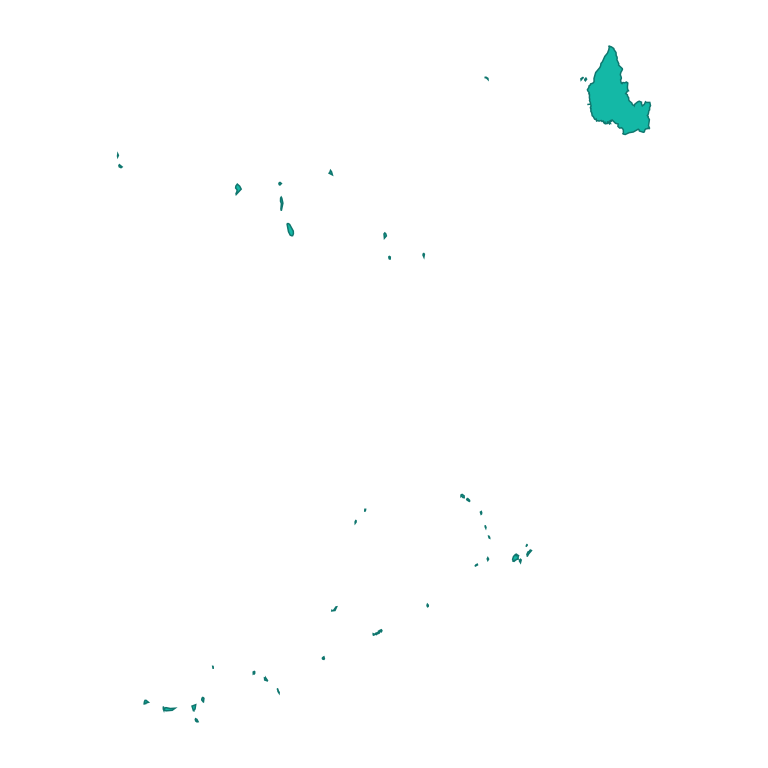 the district of Pangkajene Dan Kepulauan, Sulawesi Selatan, Indonesia
{"feature_id": "22746128B84288456023840", "entity_name": "Pangkajene Dan Kepulauan", "entity_type": "district", "adm_level": 2, "iso_a3": "IDN", "parent_name": "Indonesia", "parent_adm1": "Sulawesi Selatan", "projection": "natural_earth1", "projection_center": [118.667, -6.124], "detail": "fine", "context": "isolated", "style": "filled", "palette": "teal", "viewbox_px": 768, "rotation_deg": 0, "n_neighbors": 0, "source": "geoboundaries", "source_scale": "gbopen_adm2", "svg_char_len": 6085}
<svg xmlns="http://www.w3.org/2000/svg" viewBox="0 0 768 768"><path d="M608.9,46.3L609.3,47.2L608.9,48.7L608.5,48.6L608.9,48.8L608.9,49.4L607.5,53.1L604.8,56.4L602.4,61.8L601.0,63.4L600.6,65.9L599.8,67.6L595.7,72.5L594.0,78.4L594.1,81.7L592.8,83.2L590.6,83.9L590.2,85.1L589.1,85.8L588.8,87.5L587.4,89.7L587.7,90.7L589.2,92.7L588.9,93.6L589.3,93.6L589.4,94.7L588.9,94.7L589.5,94.9L589.4,97.9L589.8,99.2L589.5,100.4L590.6,103.2L590.2,104.2L587.3,104.5L590.4,104.2L590.7,104.7L591.1,106.0L590.4,107.4L590.9,108.3L590.6,108.4L591.0,110.0L590.8,111.1L591.7,112.8L592.2,115.7L593.3,116.6L594.6,119.1L595.8,119.5L596.1,119.2L596.6,121.0L597.9,120.6L599.0,121.1L601.2,120.5L601.9,121.4L603.1,121.0L603.7,122.4L605.0,122.2L605.1,122.6L604.5,122.5L604.3,123.2L605.3,123.8L607.3,123.5L607.5,121.9L608.1,121.8L608.5,122.0L608.5,122.9L609.6,124.0L609.9,123.7L609.3,122.9L610.1,123.1L609.6,122.4L610.8,121.6L610.2,121.4L610.0,121.1L610.7,121.0L610.7,119.9L610.8,120.5L611.4,120.2L611.8,120.5L612.3,120.1L615.5,123.3L618.2,124.0L617.9,126.3L618.9,127.4L619.8,128.1L621.6,127.7L623.3,129.6L623.4,133.0L622.9,133.6L623.2,134.0L625.2,134.5L629.1,132.7L633.3,132.0L638.2,129.2L638.9,129.6L639.4,131.0L643.4,132.3L644.3,131.9L644.9,129.8L645.8,128.9L647.1,128.8L648.1,128.1L649.0,128.7L649.5,128.1L648.5,125.7L649.4,119.7L648.0,117.1L648.2,116.4L647.3,115.6L648.3,114.0L648.9,110.6L649.6,109.9L649.6,107.4L650.5,105.7L649.8,102.4L646.3,102.4L645.5,101.8L644.3,104.4L642.3,105.9L641.4,103.4L641.5,102.2L639.2,101.2L637.5,102.0L634.7,104.3L634.3,105.7L634.0,105.2L633.3,105.3L632.3,104.4L631.8,103.0L629.4,101.0L628.8,100.0L628.6,97.6L627.5,96.1L627.4,94.8L625.7,93.6L627.0,91.9L627.0,91.4L628.5,90.8L627.6,89.3L627.4,87.0L627.8,83.0L627.2,82.5L626.5,82.6L626.3,82.1L624.4,82.9L623.1,82.5L622.2,83.0L622.2,83.5L621.5,83.4L620.8,81.5L620.6,79.6L621.3,78.8L621.3,77.4L620.3,74.8L620.8,72.5L622.4,69.6L622.3,68.6L618.6,65.1L618.8,63.8L616.9,59.7L617.2,58.0L616.8,56.4L616.2,55.8L616.0,52.5L613.9,49.4L613.8,48.5L611.3,46.8L610.5,46.8L609.7,46.1L608.9,46.3ZM288.5,223.6L287.4,223.6L287.1,224.3L288.5,231.7L290.2,235.1L291.8,235.8L292.6,235.7L293.4,233.8L293.3,231.1L289.7,224.5L288.5,223.6ZM236.2,194.5L241.2,189.1L239.7,186.2L237.3,184.1L235.9,186.0L235.6,188.0L237.1,189.8L236.9,191.6L236.0,193.7L236.2,194.5ZM516.5,554.2L515.5,554.4L513.5,556.5L512.7,559.1L512.6,559.8L513.2,560.5L513.0,561.1L514.0,561.4L515.0,560.5L514.6,560.4L514.8,560.2L515.3,560.4L516.7,559.3L518.1,559.1L517.7,558.8L518.1,558.4L518.1,556.6L518.6,555.8L517.6,555.0L516.2,555.8L515.7,555.1L515.9,554.5L516.6,554.5L516.5,554.2ZM165.9,707.6L164.8,708.1L164.3,709.6L165.1,710.6L166.4,710.8L172.2,710.3L175.1,708.2L170.3,708.5L165.9,707.6ZM281.3,210.8L282.9,203.2L281.8,198.1L281.2,197.1L280.6,198.1L280.5,201.2L281.4,203.6L280.9,209.0L281.3,210.8ZM195.7,704.7L192.0,706.1L193.4,710.7L193.9,710.8L193.8,710.1L194.7,709.6L195.1,708.7L195.7,704.7ZM380.4,630.1L378.4,631.3L378.5,631.8L379.7,631.1L377.9,632.6L375.8,633.2L375.7,633.6L376.0,633.6L375.4,633.9L374.1,634.1L373.2,633.7L373.2,634.9L373.6,635.2L375.5,634.2L376.4,634.6L377.3,633.8L379.0,633.3L379.6,632.4L379.4,631.7L381.2,631.1L380.4,630.1ZM532.0,550.0L530.5,551.5L529.9,551.4L530.5,550.6L530.2,550.1L529.1,551.5L528.0,551.9L527.0,554.1L526.9,554.7L527.3,555.1L527.1,556.6L528.8,553.7L532.0,550.0ZM146.0,700.3L145.0,700.4L144.4,701.8L144.2,703.3L145.1,703.3L144.8,703.8L145.6,703.6L145.4,703.2L148.5,702.3L146.0,700.3ZM384.4,238.2L386.4,235.9L385.7,233.7L384.8,232.9L384.0,233.9L384.4,238.2ZM464.1,495.8L462.1,494.4L461.0,495.0L461.0,496.3L461.3,496.0L463.1,497.6L464.2,497.7L464.1,495.8ZM330.5,170.4L330.0,172.0L329.1,173.2L332.4,174.9L331.5,171.7L330.5,170.4ZM203.5,697.8L202.8,697.4L202.1,698.0L201.7,699.5L202.0,700.5L203.0,700.9L202.9,701.5L203.2,701.7L203.1,700.6L203.4,700.5L203.4,702.5L203.9,698.6L203.5,698.6L203.5,697.8ZM196.9,719.4L195.6,718.7L195.3,719.5L195.7,721.0L197.0,721.9L198.1,721.7L196.9,719.4ZM122.1,166.9L119.4,164.7L118.9,165.4L119.2,166.8L121.0,167.7L122.1,166.9ZM267.5,680.5L265.7,677.9L265.7,678.9L265.5,678.2L264.5,677.9L264.7,680.0L267.3,680.9L267.5,680.5ZM469.3,501.4L469.7,501.0L469.4,500.1L467.7,498.5L467.2,498.6L466.7,499.5L467.0,500.0L469.3,501.4ZM280.0,182.4L279.3,182.7L278.9,183.7L279.3,184.7L279.9,185.0L281.4,183.5L280.0,182.4ZM336.7,606.8L336.0,606.9L333.6,610.3L332.6,610.7L331.9,610.3L331.8,610.9L335.0,610.5L336.7,606.8ZM520.5,559.3L519.4,560.9L520.5,562.7L521.2,560.0L520.5,559.3ZM323.9,656.8L323.3,657.1L323.0,658.0L322.8,657.6L322.5,657.8L322.4,658.6L322.9,659.2L323.9,659.4L324.4,658.7L323.9,656.8ZM254.3,671.4L253.2,672.0L253.3,674.0L253.9,673.6L254.3,673.9L254.7,673.3L254.7,671.7L254.3,671.4ZM423.8,253.5L423.2,253.9L423.0,255.1L423.9,257.1L424.4,254.2L423.8,253.5ZM389.4,256.4L388.9,256.7L388.9,257.9L389.4,259.0L390.2,259.0L390.3,257.0L389.4,256.4ZM487.8,560.4L488.6,559.1L487.8,557.7L487.2,558.9L487.8,560.4ZM586.6,79.2L585.9,78.1L584.8,79.3L584.8,80.1L585.4,80.8L586.6,79.2ZM428.2,606.4L428.3,605.2L427.4,604.2L427.0,605.3L427.3,606.4L427.6,606.8L428.2,606.4ZM481.3,511.5L480.4,512.1L481.1,514.3L481.5,514.0L481.7,512.7L481.3,511.5ZM474.9,566.3L477.5,564.9L477.3,564.2L476.1,564.7L474.9,566.3ZM278.9,692.8L277.7,689.0L276.9,688.6L277.7,689.3L278.0,691.5L279.1,693.2L279.2,692.2L278.9,692.0L278.9,692.8ZM582.7,77.5L580.9,78.8L581.1,80.0L582.8,77.9L583.7,77.7L582.7,77.5ZM356.0,519.9L355.1,521.9L355.2,523.3L356.1,522.1L356.1,521.8L355.6,522.1L356.0,519.9ZM117.7,156.9L118.4,155.4L117.8,154.0L117.5,156.0L117.7,156.9ZM486.0,77.2L485.2,77.3L485.2,77.7L486.4,77.9L488.0,79.5L487.9,78.4L486.0,77.2ZM486.0,527.4L485.1,525.3L485.2,526.9L485.8,528.2L486.0,527.4ZM489.7,538.2L489.6,537.3L488.8,536.1L488.6,536.1L489.1,537.9L489.7,538.2ZM365.6,509.3L364.9,509.3L364.7,511.7L365.5,510.2L365.6,509.3ZM213.2,666.9L212.9,666.3L212.7,666.3L213.2,668.9L213.2,666.9ZM527.1,544.7L526.4,544.2L526.8,544.6L526.0,546.7L527.2,545.2L527.1,544.7ZM163.4,709.0L163.7,707.4L163.3,706.5L163.3,709.1L163.8,710.3L163.9,709.7L163.4,709.0ZM381.0,629.2L381.8,630.6L381.1,632.5L381.9,630.6L381.0,629.2Z" fill="#14b8a6" stroke="#0f766e" stroke-width="1.5"/></svg>